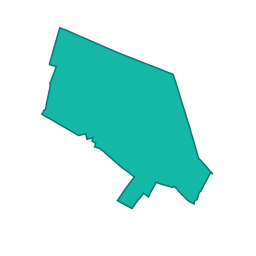 Tan Thanh, Long An, Vietnam, rotated 197°
{"feature_id": "81297802B33329086183777", "entity_name": "Tan Thanh", "entity_type": "district", "adm_level": 2, "iso_a3": "VNM", "parent_name": "Vietnam", "parent_adm1": "Long An", "projection": "robinson", "projection_center": [105.96, 10.628], "detail": "fine", "context": "isolated", "style": "filled", "palette": "teal", "viewbox_px": 256, "rotation_deg": 197, "n_neighbors": 0, "source": "geoboundaries", "source_scale": "gbopen_adm2", "svg_char_len": 2548}
<svg xmlns="http://www.w3.org/2000/svg" viewBox="0 0 256 256"><g transform="rotate(197 128 128)"><path d="M158.4,197.0L158.5,197.0L161.8,197.3L168.0,198.0L174.3,198.7L180.5,199.4L187.2,200.2L205.4,202.2L211.6,203.0L214.5,203.3L215.8,203.5L217.8,203.6L222.6,203.8L222.5,202.7L222.4,196.9L222.3,189.8L221.8,165.6L222.1,165.6L214.7,165.8L214.7,162.2L214.9,159.5L215.1,155.9L215.7,147.5L215.2,146.9L214.8,146.3L214.7,145.2L214.4,142.6L214.1,139.7L214.1,139.0L213.8,136.2L213.8,135.6L213.6,133.1L213.5,132.3L213.4,130.8L213.2,128.2L213.1,127.4L213.1,127.1L213.0,126.5L212.9,126.2L212.8,125.9L212.6,125.6L212.5,125.3L212.5,125.0L212.5,124.6L212.5,124.3L212.6,123.9L212.7,123.7L212.7,123.4L212.6,123.2L212.4,122.7L212.3,122.3L212.3,122.1L212.3,121.8L212.3,121.7L212.5,121.5L212.6,121.4L213.1,121.0L213.5,120.5L213.6,120.3L213.7,119.7L213.8,119.2L213.9,118.2L213.9,117.8L214.2,117.1L214.5,116.1L212.1,115.4L206.7,114.2L204.7,113.8L200.0,112.7L196.1,111.7L194.1,111.2L188.9,110.1L185.6,109.3L185.4,109.3L183.4,108.8L178.6,107.7L174.9,106.8L172.8,106.4L170.0,108.2L166.8,110.0L166.7,110.1L163.9,105.1L158.7,108.6L158.7,106.5L158.7,105.1L154.3,103.7L154.3,103.1L154.4,101.9L154.4,101.1L154.4,100.5L154.5,100.3L154.5,100.1L149.3,100.1L144.4,98.4L142.0,97.2L138.5,95.6L133.1,93.2L130.8,92.1L128.8,91.2L127.6,90.7L124.7,89.4L122.7,88.5L114.3,85.7L107.6,83.0L111.8,71.7L114.1,64.8L116.1,57.9L116.9,55.4L115.8,55.2L109.9,54.0L108.0,53.6L104.3,52.9L102.3,52.5L100.5,52.2L100.2,53.6L99.8,54.7L98.0,60.1L97.1,62.5L96.0,64.8L93.9,70.2L92.8,69.7L90.3,68.8L88.3,68.0L88.0,69.9L87.2,74.3L86.1,79.7L85.8,81.3L85.3,84.2L81.3,84.1L79.7,84.0L70.1,84.2L67.8,84.3L66.9,85.7L65.3,84.7L64.9,85.3L63.0,83.7L61.1,82.3L55.7,79.5L51.7,77.3L49.2,76.0L46.3,75.3L42.6,74.7L42.9,76.7L43.0,77.6L42.9,77.9L42.7,78.2L41.8,78.9L41.4,79.4L41.2,79.6L41.1,80.2L41.0,81.0L41.0,82.8L41.1,84.9L41.1,85.8L40.9,86.7L40.8,87.4L40.5,88.0L39.9,88.6L39.8,88.8L39.8,89.9L39.7,90.3L39.5,91.2L39.3,92.3L39.2,93.1L38.6,96.4L38.3,97.6L37.8,100.3L37.6,101.1L37.1,103.7L36.3,107.5L36.0,109.2L34.0,108.8L33.4,108.7L37.2,111.0L42.1,114.1L46.4,116.7L48.2,117.8L51.9,120.0L53.1,121.9L53.4,122.4L53.6,122.6L55.5,125.6L56.8,127.6L60.0,132.4L63.2,137.4L66.3,142.0L69.5,147.1L76.0,156.5L76.5,157.3L79.1,161.3L82.4,165.9L85.6,170.7L88.8,175.4L92.0,180.1L93.3,182.1L95.2,184.9L98.5,189.5L100.3,192.2L100.5,192.4L101.7,192.6L104.4,192.8L105.0,192.8L109.0,193.1L110.7,193.3L117.1,193.8L120.6,194.1L126.6,194.5L129.9,194.7L152.7,196.5L155.6,196.7L158.4,197.0Z" fill="#14b8a6" stroke="#0f766e" stroke-width="1.5"/></g></svg>